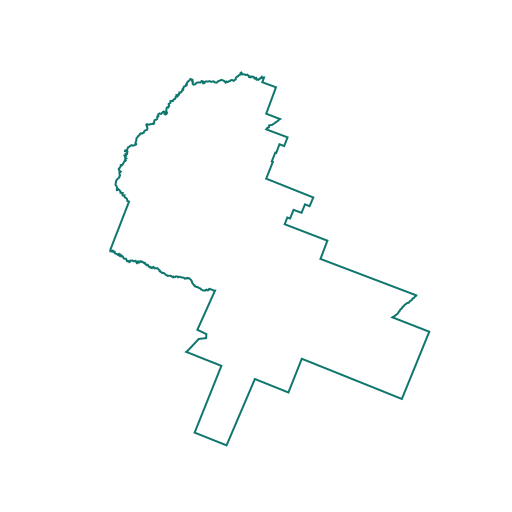 Tornquist, Buenos Aires, Argentina (Albers equal-area conic projection), rotated 247°
{"feature_id": "61730980B13616489731470", "entity_name": "Tornquist", "entity_type": "district", "adm_level": 2, "iso_a3": "ARG", "parent_name": "Argentina", "parent_adm1": "Buenos Aires", "projection": "albers", "projection_center": [-61.986, -38.263], "detail": "fine", "context": "isolated", "style": "outline", "palette": "teal", "viewbox_px": 512, "rotation_deg": 247, "n_neighbors": 0, "source": "geoboundaries", "source_scale": "gbopen_adm2", "svg_char_len": 6164}
<svg xmlns="http://www.w3.org/2000/svg" viewBox="0 0 512 512"><g transform="rotate(247 256 256)"><path d="M318.5,124.2L317.9,124.2L317.2,123.8L316.5,125.2L317.1,125.9L316.8,126.4L316.5,126.4L316.1,125.6L315.6,126.1L315.6,127.1L315.2,127.6L313.8,127.1L312.6,128.1L311.9,129.0L311.0,129.2L310.6,129.9L311.4,130.3L311.5,130.8L311.1,131.0L310.2,130.5L309.7,130.5L310.1,131.8L310.0,132.0L309.5,131.9L309.4,131.2L308.8,131.2L308.4,131.7L308.9,132.1L307.9,133.1L305.2,133.4L304.2,135.3L301.8,135.2L301.4,135.5L301.4,136.4L299.8,137.0L299.8,137.3L300.0,137.6L300.6,137.8L300.5,138.4L300.8,138.7L300.5,139.1L300.2,140.4L299.0,141.2L299.0,141.7L298.7,142.0L298.6,143.3L297.7,143.6L297.3,144.1L297.0,143.4L296.1,143.5L295.7,143.8L296.0,144.5L295.9,145.1L296.3,145.0L297.0,145.4L296.9,145.9L296.0,146.1L296.3,147.6L296.2,148.0L295.4,148.0L295.3,148.8L294.4,149.7L293.6,149.9L293.2,150.9L292.5,150.8L292.3,151.2L291.6,151.1L290.3,151.8L290.5,152.4L290.3,152.8L289.6,153.0L289.1,152.9L288.6,153.3L288.0,153.3L287.2,153.7L287.2,154.5L286.7,154.9L286.0,154.9L286.0,155.4L285.6,155.7L286.0,156.4L286.0,157.4L285.1,157.4L284.2,157.8L284.2,158.6L283.5,159.6L283.2,160.6L282.7,160.6L280.5,161.7L279.9,161.8L279.6,161.4L277.8,162.7L277.0,162.9L276.8,163.9L276.2,164.6L274.4,165.4L273.2,166.1L272.9,166.7L272.2,166.9L271.5,169.2L271.0,169.6L270.7,170.1L269.5,170.7L269.5,171.6L268.7,171.6L268.3,173.4L268.6,174.3L267.6,175.8L266.8,176.0L267.0,177.1L265.1,179.5L264.3,181.0L262.9,181.7L262.7,182.5L262.9,183.1L262.5,183.4L262.6,184.4L262.2,184.9L261.9,184.9L261.7,185.6L259.7,186.7L257.4,187.1L256.7,186.7L253.4,187.5L252.8,188.1L252.2,187.8L251.0,188.8L250.1,190.3L249.1,190.7L247.7,192.2L246.8,192.3L245.0,193.8L244.0,195.6L244.4,196.5L244.4,197.3L244.2,197.6L243.4,197.8L243.1,198.5L243.4,199.3L244.0,200.0L243.9,200.4L243.8,200.7L243.4,200.7L242.2,202.3L240.9,203.3L240.2,204.8L211.0,173.2L203.5,179.8L199.9,178.0L202.0,170.9L195.5,156.2L195.0,154.3L168.4,181.2L117.4,130.5L93.2,154.9L143.2,206.9L117.7,232.5L143.5,258.0L67.4,334.4L118.6,385.9L146.3,357.5L146.5,358.3L146.3,359.6L146.8,360.8L147.5,363.7L148.4,365.2L149.0,365.7L149.3,366.8L150.4,368.0L150.7,369.7L151.7,370.7L151.8,371.6L152.7,373.2L153.7,377.0L153.3,377.8L153.4,378.5L154.2,379.8L154.7,382.5L155.6,383.3L155.8,385.3L156.8,386.8L156.8,387.9L157.1,388.2L228.1,314.2L242.2,327.7L274.0,294.8L279.2,299.9L277.2,302.0L283.8,308.6L278.0,314.8L284.4,321.3L280.9,324.8L287.5,331.6L323.2,295.6L336.1,308.3L336.9,307.5L343.6,314.1L343.0,314.9L349.7,321.3L346.2,324.9L352.9,331.4L368.6,314.9L369.6,316.7L369.3,317.7L369.4,318.2L371.1,319.2L370.4,322.0L371.2,326.2L371.5,326.7L371.7,328.8L372.6,330.6L372.7,331.6L383.0,321.0L403.5,340.3L413.5,329.7L417.2,333.2L417.5,332.5L417.4,332.0L417.0,331.8L417.7,331.4L417.7,330.9L418.2,331.0L417.9,330.6L418.3,329.9L417.6,328.9L417.6,327.8L417.3,327.4L417.3,326.9L417.7,326.6L417.9,325.6L419.0,325.3L419.2,325.8L419.4,325.8L419.2,325.2L419.7,325.2L419.6,324.7L419.9,324.1L420.3,324.2L420.5,324.6L421.1,323.7L421.4,323.9L422.4,323.4L422.9,323.6L422.4,323.3L422.6,322.4L423.0,321.9L422.5,321.2L422.7,320.9L423.1,320.7L422.8,320.5L423.1,319.9L423.5,319.5L424.5,319.6L426.3,318.9L426.3,318.1L426.7,317.2L427.9,316.1L428.5,314.3L429.4,314.4L429.6,313.9L429.5,313.3L429.9,313.4L430.3,314.1L430.6,314.1L430.5,313.3L429.1,312.2L429.1,311.3L428.8,310.1L428.4,309.6L428.5,308.7L428.1,307.5L427.8,307.0L426.5,306.3L426.3,304.7L425.9,303.9L427.1,303.0L427.7,301.6L427.2,300.4L427.4,298.7L427.2,298.3L427.2,297.7L428.2,296.9L427.5,295.8L429.7,295.0L431.6,293.1L431.7,292.4L431.5,291.6L431.7,289.5L431.0,287.8L431.0,287.3L432.3,285.5L433.2,285.4L433.7,283.9L433.8,282.7L435.1,281.6L435.5,279.4L436.3,278.2L436.3,277.7L436.3,277.0L435.3,276.1L435.6,274.8L436.1,274.8L436.9,275.6L437.7,275.2L438.3,274.3L437.4,272.9L437.6,272.1L438.1,271.5L438.7,268.9L438.2,268.3L437.9,267.1L437.9,266.1L438.0,265.7L438.6,265.1L439.4,265.0L440.3,265.5L440.6,266.0L442.0,265.4L442.4,266.2L442.8,266.4L443.7,265.8L444.6,264.7L443.8,263.7L443.4,262.1L443.1,261.7L442.7,260.5L441.5,259.6L441.3,258.7L441.1,258.6L440.5,259.0L440.1,258.7L440.1,257.4L439.9,257.1L440.2,256.3L439.8,255.6L438.6,254.3L438.4,253.7L438.0,253.7L437.7,254.1L437.4,253.9L437.2,253.3L437.4,252.9L436.3,251.8L436.3,250.9L435.8,250.4L436.4,249.4L435.6,248.5L434.6,248.2L435.0,246.7L434.4,246.6L434.8,245.9L433.7,246.0L433.5,245.7L434.1,245.1L434.1,244.4L433.0,243.7L432.2,242.9L432.3,241.3L431.3,240.4L431.1,239.9L431.7,239.0L432.1,237.9L430.3,236.9L430.1,235.0L429.8,234.8L428.2,234.8L427.6,234.2L427.0,233.3L427.6,232.7L427.2,231.6L424.3,229.9L422.8,230.2L422.0,229.4L421.6,228.6L421.5,228.2L422.6,227.2L422.9,227.3L423.4,228.1L423.7,228.2L424.6,227.9L425.1,227.5L424.8,226.2L423.9,224.4L424.1,223.7L424.9,223.0L424.7,221.4L422.7,220.7L423.0,219.6L420.9,218.7L420.7,218.4L420.5,217.4L420.7,216.0L419.8,214.9L418.2,214.3L417.6,213.6L417.6,213.1L418.3,212.4L418.1,211.7L418.6,210.4L418.6,209.1L419.9,207.2L419.9,206.6L419.2,206.1L418.3,206.6L417.0,206.0L416.1,206.0L414.7,205.1L414.9,203.5L414.7,202.4L414.5,201.8L413.4,201.0L413.4,199.9L413.2,199.3L413.3,198.8L413.9,198.1L413.6,197.6L413.8,197.0L412.6,195.7L412.4,194.2L411.7,193.3L411.2,192.1L408.9,190.8L407.0,189.1L406.8,189.0L405.9,189.5L405.5,189.2L405.4,187.7L405.8,185.4L406.6,184.8L406.6,184.0L406.5,183.0L406.1,182.4L406.1,180.8L404.2,178.9L404.0,178.3L404.3,176.8L403.7,176.3L403.3,176.6L403.1,177.4L403.2,178.2L402.6,178.5L400.3,177.2L400.8,176.0L400.8,175.8L399.0,175.6L399.1,175.2L399.8,174.6L399.9,174.2L397.8,174.3L397.6,174.1L396.5,174.7L396.2,173.3L394.7,173.4L394.6,173.1L394.8,172.1L392.2,168.8L392.2,167.8L392.5,167.4L392.5,167.2L391.7,167.3L391.6,166.4L390.5,165.3L390.0,163.9L389.7,163.6L388.0,163.5L387.7,163.5L387.5,164.0L387.0,164.0L386.4,164.4L386.0,163.3L386.0,162.8L384.9,162.4L383.1,162.3L382.7,161.4L381.8,160.9L380.7,157.9L379.8,156.6L376.5,154.5L374.3,154.9L372.8,154.7L371.3,153.6L370.9,153.7L370.8,154.1L371.4,155.2L371.3,155.5L368.7,156.4L367.1,156.0L366.9,156.9L366.0,158.0L365.1,157.0L363.7,157.0L363.4,157.3L363.2,158.6L362.5,158.2L361.1,158.2L360.0,159.1L358.9,159.5L356.9,159.1L355.7,160.4L318.5,124.2Z" fill="none" stroke="#0f766e" stroke-width="2"/></g></svg>